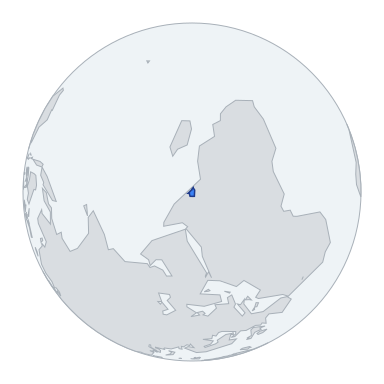 the Earth from above Jubbada Hoose, rotated 183°
{"feature_id": "SOM-2645", "entity_name": "Jubbada Hoose", "entity_type": "Region", "adm_level": 1, "iso_a3": "SOM", "parent_name": "Somalia", "parent_adm1": "", "projection": "orthographic", "projection_center": [41.866, -0.188], "detail": "fine", "context": "on_globe", "style": "filled", "palette": "blue", "viewbox_px": 384, "rotation_deg": 183, "n_neighbors": 0, "source": "natural_earth", "source_scale": "10m", "svg_char_len": 7253}
<svg xmlns="http://www.w3.org/2000/svg" viewBox="0 0 384 384"><g transform="rotate(183 192 192)"><circle cx="192" cy="192" r="169" fill="#eef3f6" stroke="#a8b0b8"/><path d="M23.1,195.9L25.0,200.4L28.1,208.0L29.4,218.3L29.6,230.1L36.5,255.1L38.7,263.1L41.0,267.9L35.9,256.6L31.5,244.9L28.1,232.9L25.5,220.7L23.8,208.3L23.1,195.9ZM316.4,77.6L321.5,83.9L327.2,90.8L330.1,94.9L330.8,96.5L326.6,90.5L323.9,87.7L321.4,84.4L321.2,85.8L317.6,81.2L319.1,85.1L322.7,89.2L324.3,89.2L327.2,95.2L333.6,103.2L338.5,112.0L341.8,126.4L338.8,130.2L339.5,133.1L336.1,129.3L334.9,134.7L343.8,152.6L344.7,157.6L341.2,166.5L340.6,162.7L331.7,152.5L332.4,164.6L339.2,175.5L341.6,187.9L337.4,183.6L334.7,172.7L331.5,168.8L330.7,158.2L324.9,142.5L320.5,145.0L319.3,138.9L310.6,126.3L303.4,129.7L293.1,145.3L294.3,161.2L289.6,168.1L277.3,145.0L272.5,130.0L267.6,131.3L255.3,119.0L232.8,118.1L230.0,114.4L225.6,116.2L217.1,112.5L213.0,106.7L207.6,107.1L218.6,122.7L224.4,122.5L229.9,116.4L231.8,122.1L240.1,127.4L229.4,141.4L196.7,154.5L194.2,142.7L173.2,112.0L174.3,108.7L174.2,108.3L174.0,107.7L171.3,113.1L168.0,107.4L178.3,128.2L179.8,137.5L196.2,155.2L194.5,157.1L200.0,160.8L218.5,156.3L218.5,160.3L209.2,179.0L184.2,205.2L188.0,223.0L187.0,238.3L172.4,248.7L174.8,260.5L167.4,264.8L167.7,271.6L162.4,278.9L153.2,285.9L136.3,286.4L134.3,280.3L124.5,268.5L110.5,240.0L113.8,226.8L111.9,216.7L99.8,194.8L102.4,182.5L99.4,177.5L93.0,179.0L89.7,173.1L85.9,173.2L63.2,178.8L57.0,171.5L51.2,148.8L55.8,139.2L57.8,128.8L90.4,93.0L96.0,94.4L120.1,89.1L122.9,90.2L118.6,97.7L135.5,106.4L142.7,99.9L159.5,104.8L171.6,104.6L178.5,90.7L158.7,90.7L156.7,84.2L173.8,78.5L191.3,79.6L191.1,77.1L181.2,71.6L186.5,67.5L178.0,69.5L180.5,71.9L175.2,73.5L172.6,71.5L174.5,69.9L169.6,68.9L161.5,77.3L163.2,80.6L149.5,82.4L151.1,88.4L146.9,91.3L142.7,82.4L144.1,79.2L135.3,70.7L132.7,74.1L140.8,82.6L137.7,82.0L134.1,87.6L134.4,82.9L126.3,73.5L114.7,76.3L97.8,90.8L91.6,92.5L87.3,90.3L95.7,76.5L108.8,74.3L111.9,70.1L111.1,64.8L115.2,64.9L116.5,62.7L121.6,62.1L130.7,56.6L136.2,55.9L141.6,49.9L145.2,48.9L140.9,52.5L141.0,55.0L154.9,54.3L158.1,53.0L160.5,49.4L164.0,50.0L164.5,46.6L173.4,45.4L163.0,44.4L165.5,41.0L171.8,38.5L170.8,37.4L160.5,41.6L158.1,43.5L159.0,45.3L150.7,51.5L145.6,52.7L147.1,46.2L140.0,47.6L144.4,42.6L169.5,33.2L179.1,31.9L191.1,35.7L187.8,37.4L181.9,36.7L185.7,40.1L186.2,38.5L189.1,39.2L192.3,36.9L194.5,37.3L193.7,34.5L196.8,34.9L197.2,36.6L204.5,34.2L211.4,34.8L212.0,34.1L210.6,33.2L220.3,35.1L220.3,34.5L217.1,33.6L215.1,32.1L215.2,30.2L218.5,31.0L218.9,31.7L224.8,34.7L225.3,37.1L226.7,37.2L227.0,35.4L219.9,31.7L219.0,30.4L222.9,32.0L221.4,31.3L222.0,30.9L225.8,31.4L221.7,29.8L223.9,26.9L231.3,28.1L234.6,29.4L239.6,29.9L247.6,32.4L258.6,36.7L269.3,41.8L279.7,47.6L289.6,54.1L299.1,61.3L308.0,69.2L316.4,77.6ZM77.7,110.2L76.5,113.2L76.5,113.3L77.7,110.2ZM209.1,88.5L220.1,89.4L216.5,81.0L220.4,80.9L217.7,78.3L216.2,80.4L209.8,73.6L215.0,71.6L214.4,68.4L210.7,68.0L202.1,73.0L211.1,82.4L208.0,85.7L209.1,88.5ZM118.6,53.2L119.7,54.1L116.8,56.6L109.9,59.0L114.0,55.3L118.6,53.2ZM122.0,55.1L125.5,48.8L130.0,47.5L126.9,49.2L129.5,49.0L125.2,51.8L126.0,57.3L123.5,59.9L112.0,62.0L117.1,59.7L115.7,58.6L122.0,55.1ZM126.6,39.5L128.2,38.0L135.8,37.0L133.4,38.6L126.4,40.7L125.0,40.1L126.6,39.5ZM167.8,24.8L167.5,24.8L170.2,24.4L170.4,24.4L173.8,24.1L173.0,24.4L170.0,24.6L171.3,24.9L166.6,25.5L167.0,25.5L163.0,26.2L158.9,27.3L157.0,27.6L156.3,27.9L153.6,28.6L151.9,29.3L147.9,30.1L145.5,31.1L144.9,30.9L141.9,32.5L142.3,31.8L138.9,32.9L140.3,33.0L122.6,38.3L114.8,41.9L108.1,45.5L109.6,44.5L120.6,38.9L131.9,34.1L143.7,30.1L155.6,27.0L167.8,24.8ZM127.0,87.3L129.3,87.5L133.1,87.1L130.9,90.8L127.0,87.3ZM121.2,80.9L123.4,80.3L122.2,84.9L119.8,84.9L121.2,80.9ZM125.7,76.4L123.6,80.0L123.3,78.0L125.7,76.4ZM143.1,52.0L145.6,51.5L145.5,52.3L143.6,53.7L143.1,52.0ZM175.9,27.4L174.6,27.0L175.6,26.8L176.2,25.7L179.7,25.5L180.8,26.1L175.9,27.4ZM174.6,93.0L170.5,95.7L168.9,94.4L170.6,93.7L174.6,93.0ZM149.2,93.0L154.5,94.6L148.6,94.0L149.2,93.0ZM179.8,27.0L179.6,26.5L181.5,26.7L179.8,27.0ZM182.3,25.3L184.7,25.5L180.2,25.4L182.3,25.3ZM242.8,318.5L244.0,320.6L241.3,320.7L242.8,318.5ZM216.4,235.8L206.0,262.7L197.8,262.9L195.8,254.9L199.3,238.7L208.6,234.0L213.1,226.7L216.4,235.8ZM354.4,219.9L355.3,221.1L355.1,221.9L354.4,219.9ZM353.6,216.7L354.9,217.5L353.1,218.4L353.6,216.7ZM355.4,217.8L356.7,216.8L357.2,215.7L356.9,217.3L355.4,217.8ZM352.6,216.4L345.4,214.6L342.1,211.9L343.3,209.1L348.6,210.8L352.6,216.4ZM343.0,209.0L337.5,200.0L327.1,175.5L330.9,176.2L341.1,191.4L340.6,193.8L344.0,200.8L343.0,209.0ZM354.9,196.2L354.2,203.7L350.7,202.1L348.8,200.4L347.6,190.6L348.3,185.9L350.0,186.3L354.2,171.5L356.1,176.0L355.3,182.3L356.7,189.2L354.9,196.2ZM295.1,162.7L299.4,172.5L296.6,174.0L295.1,162.7ZM354.4,160.9L353.7,167.3L353.8,158.6L354.4,160.9ZM353.5,152.7L354.3,156.2L353.0,152.5L353.5,152.7ZM340.9,137.7L339.3,138.2L338.5,135.8L340.1,133.8L340.9,137.7ZM342.3,119.7L345.1,126.5L345.7,128.7L343.6,124.4L342.3,119.7ZM209.8,27.8L205.1,29.2L204.0,30.8L207.1,32.3L200.7,31.1L202.4,28.6L209.8,27.8ZM221.8,26.7L219.1,25.9L221.6,26.3L222.6,26.5L221.8,26.7ZM219.3,26.2L213.5,25.4L212.8,25.0L217.5,25.7L219.3,26.2ZM196.6,25.2L194.9,25.5L193.4,25.2L196.6,25.2ZM335.7,280.9L336.1,280.3L326.3,289.0L325.8,286.8L329.4,281.9L335.8,266.2L336.4,266.7L340.4,256.4L348.2,248.8L354.8,233.5L355.1,235.6L357.4,226.5L353.8,240.7L348.9,254.6L342.9,268.1L335.7,280.9ZM356.5,222.0L358.2,216.7L358.6,216.6L356.5,222.0ZM360.9,196.4L360.9,194.8L360.9,194.6L360.9,196.4ZM360.1,201.2L360.0,203.1L359.8,201.3L360.1,201.2ZM360.4,200.3L360.5,203.4L360.3,202.0L360.4,200.3ZM357.5,191.2L357.8,196.0L359.1,193.7L358.1,197.5L358.5,205.7L358.0,208.5L357.7,199.6L356.8,208.2L356.2,207.7L356.4,200.1L357.2,191.4L357.8,188.0L359.8,187.7L357.5,191.2ZM360.6,194.6L360.4,189.0L360.4,185.6L360.7,188.6L360.6,194.6ZM359.1,175.5L357.6,168.9L357.1,170.8L357.5,163.3L358.9,170.8L359.1,175.5ZM356.7,161.8L356.3,163.4L356.2,159.0L356.7,161.8ZM355.7,161.3L354.8,157.1L355.6,158.0L355.7,161.3ZM357.1,162.2L355.8,155.3L356.9,159.6L357.1,162.2ZM352.4,147.8L355.4,155.3L352.9,151.4L349.2,138.3L350.0,138.4L352.4,147.8ZM332.0,97.5L332.2,97.8L333.2,99.1L334.1,100.6L336.8,104.9L333.1,99.2L330.6,95.4L332.0,97.5Z" fill="#d9dde1" stroke="#a8b0b8" stroke-width="1"/><path d="M191.0,196.4L191.0,196.2L190.9,195.9L190.7,195.7L190.4,195.4L190.3,195.2L190.1,195.0L190.0,194.8L189.8,194.6L189.7,194.4L189.5,194.2L189.4,194.0L189.4,193.8L189.4,193.6L189.4,193.4L189.4,193.1L189.4,192.7L189.4,192.4L189.4,192.1L189.4,191.9L189.4,191.7L189.4,191.1L189.4,190.7L189.4,190.3L189.4,190.0L189.4,189.6L189.4,189.2L189.4,188.9L189.4,188.5L189.4,188.1L189.4,187.8L190.7,187.7L193.0,187.6L193.7,187.6L194.3,189.3L194.5,190.5L195.9,190.5L195.6,190.8L195.0,191.4L194.7,191.8L194.5,192.0L194.3,192.1L194.1,192.3L194.0,192.5L193.9,192.5L193.8,192.8L193.6,192.9L193.6,193.0L193.4,193.1L193.1,193.5L192.9,193.8L192.7,193.9L192.6,194.0L192.5,194.3L192.4,194.3L192.3,194.2L192.2,194.2L192.2,194.3L192.3,194.3L192.3,194.5L192.2,194.7L192.2,194.8L192.0,195.0L192.1,194.9L192.1,195.0L191.9,195.0L191.9,194.9L191.9,195.0L191.6,195.7L191.5,195.8L191.4,196.1L191.2,196.1L191.1,196.3L191.0,196.4Z" fill="#3b82f6" stroke="#1e3a8a" stroke-width="1.5"/></g></svg>